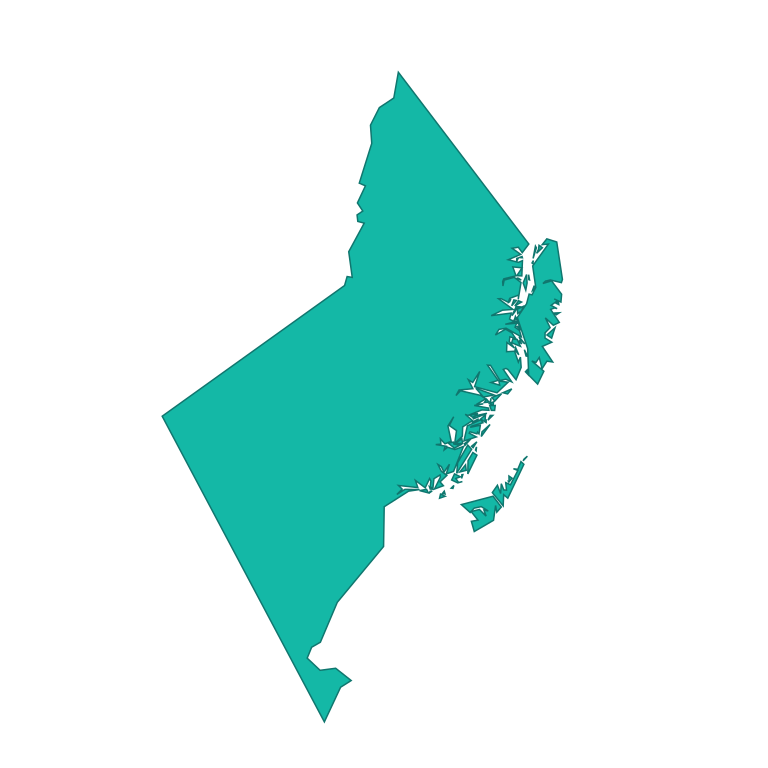 map outline of British Columbia (Albers equal-area conic projection), rotated 240°
{"feature_id": "CAN-633", "entity_name": "British Columbia", "entity_type": "Province", "adm_level": 1, "iso_a3": "CAN", "parent_name": "Canada", "parent_adm1": "", "projection": "albers", "projection_center": [-126.982, 54.153], "detail": "fine", "context": "isolated", "style": "filled", "palette": "teal", "viewbox_px": 768, "rotation_deg": 240, "n_neighbors": 0, "source": "natural_earth", "source_scale": "10m", "svg_char_len": 6232}
<svg xmlns="http://www.w3.org/2000/svg" viewBox="0 0 768 768"><g transform="rotate(240 384 384)"><path d="M646.8,552.3L432.8,579.4L428.6,569.4L435.3,568.7L437.5,562.8L427.9,567.2L429.5,553.7L422.1,561.3L421.6,565.6L408.7,557.4L411.4,553.2L415.6,561.6L421.0,554.1L411.7,552.4L415.2,540.3L413.4,538.0L409.4,536.0L413.9,540.0L411.3,550.1L403.4,553.4L390.2,542.6L393.7,545.0L395.3,535.7L392.6,532.5L399.4,528.1L400.6,525.8L384.1,533.0L388.7,523.5L389.6,511.0L381.8,529.7L377.5,525.2L372.5,528.0L375.1,518.9L370.4,529.2L367.6,525.9L362.6,528.1L356.2,526.5L371.3,517.6L373.8,510.9L370.7,505.0L370.7,516.7L364.4,520.3L357.7,520.8L361.9,516.6L358.3,513.8L350.0,515.0L358.5,511.2L350.7,506.3L347.1,513.5L335.8,511.3L339.1,515.6L329.8,511.1L321.7,500.5L334.6,498.6L336.5,497.4L337.0,494.6L322.0,495.7L327.2,491.9L329.1,486.2L346.9,485.6L348.6,483.1L330.1,484.6L331.8,477.4L325.1,483.6L329.1,485.0L323.5,492.4L319.9,477.5L336.4,461.1L347.0,473.2L341.0,461.6L345.5,459.2L335.5,458.6L341.3,446.0L338.0,440.6L339.9,446.9L326.0,461.8L320.3,464.6L320.1,453.9L317.2,460.0L320.3,451.4L310.9,462.5L308.8,461.7L312.6,455.8L314.9,440.8L317.2,439.2L308.1,442.3L307.5,430.7L299.6,425.7L297.2,415.5L307.4,423.5L315.4,419.8L320.8,428.0L315.7,418.4L300.8,413.5L301.7,406.9L308.2,405.4L303.5,403.2L305.7,398.5L298.3,407.6L298.9,405.1L296.8,403.1L297.4,407.5L291.8,412.6L290.2,421.6L273.5,400.5L275.0,392.9L281.8,400.6L277.7,391.9L283.8,392.4L287.3,390.5L279.8,390.0L273.4,392.7L271.2,383.6L266.2,384.6L267.8,375.2L275.2,386.3L277.2,387.0L277.0,379.9L269.1,374.1L272.0,372.6L276.5,376.1L279.3,376.2L273.5,367.8L284.8,363.0L277.4,361.5L288.9,345.8L283.9,347.2L281.9,339.9L282.3,349.5L274.8,362.0L278.9,351.7L277.6,322.8L243.5,302.4L218.3,234.4L192.2,199.8L192.2,189.7L185.0,180.4L168.0,185.5L162.0,200.0L143.6,207.3L143.1,194.8L121.2,163.4L467.0,175.8L489.0,399.1L495.5,405.8L492.2,409.8L516.2,419.6L533.2,447.3L537.9,442.6L543.9,445.2L544.4,452.1L554.1,451.5L564.9,467.0L570.3,463.0L598.5,493.7L614.9,501.7L625.7,518.2L626.8,535.5L646.8,552.3ZM428.3,597.6L420.6,604.6L385.3,590.8L383.1,588.3L390.9,580.1L392.4,575.3L391.6,571.9L389.5,580.7L372.9,582.7L366.5,578.2L372.6,573.9L369.4,576.0L368.6,568.0L362.7,571.6L364.5,569.9L365.3,565.6L349.7,566.6L350.2,560.0L360.6,556.8L349.7,556.0L347.8,549.1L343.3,546.4L336.3,550.2L337.4,539.9L318.7,541.1L322.3,536.5L318.2,528.5L329.3,531.7L326.7,526.4L330.0,523.5L315.1,528.8L307.1,517.0L319.4,513.8L342.8,526.1L374.9,532.7L382.2,547.6L389.3,554.6L387.2,556.8L391.7,563.7L411.9,571.8L423.0,596.3L425.6,590.7L428.3,597.6ZM218.8,424.1L216.6,417.6L223.0,419.9L211.2,410.7L211.1,388.4L221.4,391.0L219.1,397.3L229.9,395.7L227.6,403.9L218.5,406.4L224.9,407.5L221.9,410.8L229.2,406.9L231.4,400.0L229.6,394.4L240.9,390.7L232.3,422.3L218.8,424.1ZM248.3,463.8L244.5,465.0L223.2,434.1L228.3,432.3L218.9,426.3L235.8,423.5L239.6,431.6L230.8,430.2L239.0,435.7L232.3,434.8L230.8,437.0L237.7,440.1L233.5,443.1L242.2,456.7L245.9,453.7L243.2,457.2L248.3,463.8ZM300.1,446.8L293.3,441.3L295.6,440.9L294.4,439.6L299.6,434.6L298.8,433.2L292.0,437.5L294.7,424.7L306.1,435.3L304.6,450.0L301.0,450.3L303.7,439.0L303.4,437.0L300.1,446.8ZM270.3,402.3L279.0,408.4L289.2,426.0L283.6,427.2L270.3,402.3ZM280.2,426.7L275.9,428.9L264.2,411.6L275.5,418.4L280.2,426.7ZM323.0,463.6L334.4,461.4L319.5,473.8L323.0,463.6ZM345.0,549.6L347.2,560.2L339.9,552.1L345.0,549.6ZM266.3,398.9L261.4,399.4L260.3,403.1L261.5,398.4L267.0,394.6L270.9,400.1L265.4,403.8L266.3,398.9ZM316.8,480.9L313.8,471.3L318.4,470.8L316.8,480.9ZM293.6,445.0L295.9,455.6L289.9,442.0L293.6,445.0ZM317.0,482.6L315.9,492.2L313.6,486.1L317.0,482.6ZM310.7,447.5L307.2,458.5L309.2,443.5L310.7,447.5ZM292.9,421.6L293.3,412.9L300.6,410.1L299.1,414.9L297.1,414.5L294.6,417.2L292.9,421.6ZM348.4,521.0L355.9,515.2L358.5,518.0L356.0,521.6L348.4,521.0ZM394.4,553.7L401.9,555.0L407.5,562.2L399.9,558.4L394.4,553.7ZM268.1,412.0L269.9,405.7L273.2,414.2L268.1,412.0ZM305.3,450.1L306.6,456.5L302.2,453.5L301.7,454.5L299.6,453.2L305.3,450.1ZM293.1,431.9L290.4,423.5L292.1,423.9L293.1,431.9ZM381.0,533.2L379.2,529.0L385.0,537.3L382.9,540.3L382.9,536.4L381.0,533.2ZM271.5,368.2L267.5,368.0L273.9,361.5L271.5,368.2ZM296.7,416.0L297.7,424.0L293.2,422.4L296.7,416.0ZM381.6,543.4L378.6,539.7L378.2,535.0L382.1,536.9L381.6,543.4ZM257.3,375.0L260.4,377.9L256.2,380.8L257.3,375.0ZM300.7,455.9L303.7,460.3L302.4,462.5L300.7,455.9ZM312.4,464.8L309.8,469.6L305.8,466.6L307.5,463.8L312.4,464.8ZM286.3,428.7L287.5,435.5L284.3,429.3L286.3,428.7ZM426.6,587.6L422.8,589.3L420.9,581.5L423.4,585.2L426.6,587.6ZM236.6,443.1L237.5,443.1L237.1,443.6L241.8,446.2L238.4,447.8L236.6,443.1ZM315.8,465.9L317.8,461.6L319.5,465.3L315.8,465.9ZM360.2,567.2L358.0,571.5L357.8,567.8L360.2,567.2ZM390.1,540.4L387.9,533.7L391.9,538.5L390.1,540.4ZM313.8,469.9L310.9,467.9L314.2,465.5L313.8,469.9ZM247.9,466.0L249.0,467.9L249.8,472.1L247.9,466.0ZM386.2,544.1L386.2,536.3L388.8,542.2L386.2,544.1ZM354.2,524.2L357.5,524.6L348.3,526.0L354.2,524.2ZM311.6,450.6L310.7,444.2L314.0,442.6L311.6,450.6ZM315.7,467.3L318.2,469.6L314.7,467.0L315.7,467.3ZM349.7,516.2L341.8,515.3L347.9,514.5L349.7,516.2ZM374.8,529.4L376.8,531.6L373.3,531.3L374.3,530.5L374.8,529.4ZM392.4,533.9L392.4,533.5L394.2,536.4L392.4,533.9ZM267.3,372.3L267.0,368.7L268.0,370.3L267.3,372.3ZM425.8,584.1L418.2,575.9L427.7,584.1L425.8,584.1ZM306.5,448.6L306.0,444.5L306.8,440.7L306.5,448.6ZM373.2,529.0L371.2,531.2L367.8,530.7L373.2,529.0ZM365.4,575.1L368.2,573.2L368.1,576.2L365.4,575.1ZM337.2,521.0L343.5,522.7L336.2,522.2L337.2,521.0ZM367.2,527.9L366.8,530.3L363.5,529.3L367.2,527.9ZM408.3,553.4L405.3,554.8L409.5,551.9L408.3,553.4ZM426.0,563.4L424.0,560.3L426.4,561.8L426.0,563.4ZM260.2,390.1L261.2,393.8L259.1,391.5L260.2,390.1ZM402.0,561.6L406.4,563.9L401.4,562.1L402.0,561.6ZM320.5,513.4L323.9,512.6L324.6,514.9L320.5,513.4ZM266.1,407.0L263.4,404.0L266.5,406.1L266.1,407.0ZM269.9,371.5L271.9,371.9L269.0,372.9L269.9,371.5ZM281.1,430.2L283.3,432.7L280.1,430.4L281.1,430.2ZM258.2,381.9L260.0,379.9L261.1,382.6L258.2,381.9ZM414.8,572.7L416.2,575.1L413.9,573.1L414.8,572.7ZM351.8,522.5L354.3,522.9L349.8,523.5L351.8,522.5ZM390.6,559.2L394.1,563.3L390.9,561.3L390.6,559.2ZM425.9,564.3L425.4,567.3L424.1,567.0L425.9,564.3Z" fill="#14b8a6" stroke="#0f766e" stroke-width="1.5"/></g></svg>